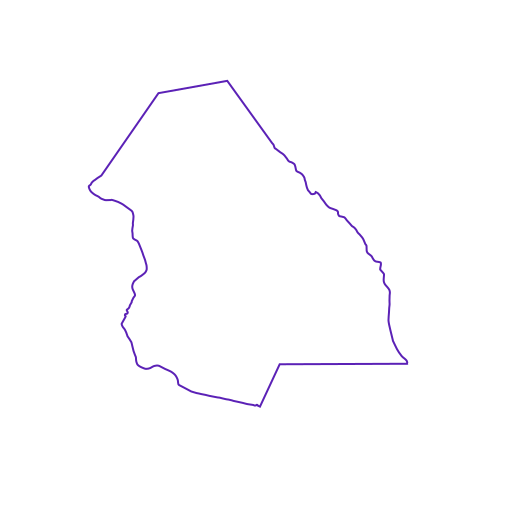 the district of Soledad, El Paraíso, Honduras, rotated 23°
{"feature_id": "27666195B67097486402294", "entity_name": "Soledad", "entity_type": "district", "adm_level": 2, "iso_a3": "HND", "parent_name": "Honduras", "parent_adm1": "El Paraíso", "projection": "mercator", "projection_center": [-87.146, 13.616], "detail": "fine", "context": "isolated", "style": "outline", "palette": "violet", "viewbox_px": 512, "rotation_deg": 23, "n_neighbors": 0, "source": "geoboundaries", "source_scale": "gbopen_adm2", "svg_char_len": 6068}
<svg xmlns="http://www.w3.org/2000/svg" viewBox="0 0 512 512"><g transform="rotate(23 256 256)"><path d="M315.8,393.0L318.5,393.1L320.1,346.4L437.1,296.2L436.9,295.9L436.9,295.3L436.8,294.9L436.2,294.1L435.8,293.7L435.0,293.2L433.8,292.7L432.5,292.3L431.0,291.9L430.2,291.6L429.0,291.1L427.7,290.3L425.3,288.9L423.5,287.6L422.1,286.6L419.2,284.1L415.8,281.1L415.2,280.6L414.6,279.7L412.5,276.9L408.7,271.8L405.3,267.1L404.0,265.1L403.6,264.4L403.2,263.7L402.9,263.0L401.7,259.7L400.5,256.1L398.9,251.7L398.1,249.0L397.7,247.9L397.2,246.9L396.2,244.7L395.5,242.9L394.4,240.1L393.8,238.1L393.5,237.3L393.0,236.4L392.5,235.7L392.2,235.3L391.8,235.0L390.7,234.2L389.2,233.4L386.9,232.3L385.8,231.7L384.9,231.0L384.2,230.3L383.5,229.4L383.2,228.8L382.8,228.0L382.4,226.9L381.2,223.3L380.9,222.7L380.5,222.4L379.7,221.9L375.9,220.1L375.6,219.9L375.3,219.2L375.0,218.2L374.6,216.2L374.4,215.2L374.1,214.6L373.9,214.1L373.7,213.7L373.3,213.4L373.2,213.3L372.5,213.3L371.0,213.6L369.1,214.1L368.5,214.2L367.9,214.2L367.3,214.1L366.5,213.9L365.5,213.3L364.1,212.3L362.9,211.3L362.4,211.0L361.9,210.8L360.9,210.5L358.5,209.9L357.9,209.7L357.5,209.5L357.1,209.3L356.7,208.9L356.3,208.6L356.0,208.1L355.6,207.5L355.2,206.6L354.2,204.4L353.8,203.6L353.4,203.1L353.0,202.8L352.3,202.5L351.9,202.2L348.5,198.9L347.5,198.1L346.2,197.3L343.6,196.0L342.8,195.6L341.3,195.1L340.4,194.6L339.6,194.1L338.8,193.4L338.3,193.0L337.5,192.5L336.7,192.1L335.7,191.6L335.0,191.4L334.3,191.2L333.3,191.1L332.5,190.9L329.7,189.5L325.7,187.7L323.9,186.6L322.6,186.0L322.2,185.9L321.8,185.9L319.2,186.3L317.4,186.7L317.0,186.7L316.8,186.6L315.9,186.0L315.5,185.6L315.2,185.3L314.8,184.7L314.5,183.8L314.2,183.4L313.8,183.0L313.0,182.7L312.4,182.5L311.6,182.5L308.6,182.6L305.9,182.8L304.9,182.8L304.3,182.7L303.5,182.5L302.2,182.0L300.8,181.4L300.1,181.0L299.1,180.4L297.2,179.2L293.5,177.2L291.2,175.3L289.5,174.5L288.9,174.2L288.2,174.0L287.3,173.9L286.3,173.8L286.0,173.8L285.9,175.1L285.9,175.4L285.7,175.7L285.1,176.2L284.7,176.5L284.0,176.9L283.2,177.2L282.5,177.3L282.2,177.2L281.8,177.0L280.2,176.1L278.3,175.2L278.0,175.0L277.6,174.6L276.3,173.3L275.4,172.2L274.5,171.0L273.6,169.7L273.0,168.8L272.5,168.2L271.6,167.3L271.1,166.7L270.1,165.2L269.7,164.9L269.2,164.4L268.1,163.7L267.4,163.3L266.7,162.9L265.7,162.6L264.8,162.4L263.7,162.2L262.3,162.2L261.4,162.2L260.3,162.0L260.0,161.9L259.6,161.6L259.1,161.0L257.3,158.4L256.7,157.7L255.9,156.8L255.6,156.6L255.3,156.4L254.0,156.1L252.6,155.9L251.5,155.9L250.1,156.1L249.6,156.0L249.1,155.9L248.4,155.6L248.1,155.5L247.6,155.1L246.3,154.2L244.3,153.1L243.1,152.4L241.6,151.8L240.9,151.6L240.1,151.4L237.7,151.0L232.3,149.6L231.4,149.5L231.1,149.4L230.3,148.6L229.0,147.1L228.6,146.7L228.1,146.4L227.2,146.0L226.4,145.6L161.1,106.0L102.6,144.2L82.2,242.4L79.6,246.2L78.0,249.0L77.1,250.3L76.8,251.0L76.4,251.9L76.1,252.9L76.0,254.5L75.9,255.0L75.6,255.6L75.1,256.3L75.0,256.7L74.9,257.0L75.0,257.5L75.3,258.0L75.7,258.5L76.3,259.2L77.1,259.9L77.8,260.5L78.5,260.9L79.0,261.2L79.7,261.5L81.6,262.1L82.8,262.4L84.5,262.7L86.9,262.8L88.4,263.0L89.0,263.2L90.0,263.5L90.5,263.6L91.9,263.7L93.7,263.6L94.6,263.6L95.1,263.5L95.6,263.4L96.4,263.1L99.2,261.8L100.2,261.4L101.0,260.8L101.3,260.7L102.5,260.5L104.8,260.3L106.6,260.2L108.1,260.1L109.4,260.2L111.2,260.3L112.2,260.4L113.7,260.6L117.5,261.5L121.9,262.5L123.9,263.0L124.2,263.2L124.6,263.4L125.3,263.9L126.1,264.9L127.2,266.4L127.6,267.1L127.9,267.7L128.1,268.3L128.9,270.6L129.8,273.9L130.1,274.5L130.6,275.5L130.8,276.1L131.4,278.7L132.1,281.0L132.4,281.6L133.4,283.2L133.8,284.0L134.7,285.9L135.1,286.6L135.4,287.1L135.7,287.5L136.0,287.7L136.3,287.9L136.8,288.0L137.6,288.2L140.1,288.4L140.6,288.5L140.9,288.6L141.4,288.8L141.9,289.2L143.3,290.3L147.8,294.8L150.2,297.3L152.1,299.5L154.2,301.7L155.5,303.1L157.5,305.7L158.5,306.9L159.1,307.8L159.7,308.9L160.2,310.0L160.5,310.7L160.7,311.5L160.7,312.3L160.7,313.1L160.6,313.9L160.2,315.2L159.7,316.2L158.3,318.7L157.6,319.8L156.6,321.0L156.3,321.5L153.8,326.6L153.6,326.9L153.6,327.3L153.5,328.9L153.5,330.1L153.7,331.5L154.0,332.5L154.4,333.3L155.0,334.2L155.6,334.9L158.4,337.4L159.2,338.2L159.7,338.9L159.9,339.2L160.0,339.5L160.0,340.1L159.9,340.7L159.5,342.1L159.3,345.6L159.3,346.2L159.6,347.0L159.6,347.4L159.2,350.6L159.2,350.8L159.3,351.4L159.4,351.8L159.4,352.5L159.3,353.1L159.3,353.6L159.1,354.1L158.7,354.9L158.3,355.5L158.2,355.8L158.1,356.0L158.2,356.3L158.3,356.6L158.5,356.8L159.0,357.1L159.4,357.4L160.0,358.1L160.1,358.5L160.0,359.1L159.8,359.5L159.6,359.7L159.4,359.9L158.9,360.1L158.7,360.3L158.4,360.6L158.3,360.9L158.4,361.5L158.6,361.9L158.9,362.1L159.3,362.2L159.4,362.3L159.6,362.5L159.6,362.8L159.6,363.6L159.4,365.3L158.8,370.8L158.9,371.1L159.4,371.8L160.1,372.5L160.8,373.1L161.5,373.6L162.5,374.1L163.1,374.4L164.4,375.3L165.3,376.1L166.4,377.1L167.4,378.2L168.5,379.4L169.1,380.1L171.8,381.8L174.9,384.0L175.5,384.7L177.4,387.3L180.4,391.3L182.8,393.9L184.3,395.4L184.9,396.0L185.2,396.5L185.8,397.7L186.3,398.7L187.2,400.1L188.1,401.1L188.5,401.6L188.9,401.9L189.3,402.2L189.9,402.5L190.8,402.8L192.5,403.1L194.1,403.2L196.4,403.2L198.0,403.1L198.4,403.0L199.0,402.8L199.7,402.4L200.7,401.9L201.3,401.4L201.9,400.9L202.4,400.5L203.1,399.6L204.0,398.4L204.5,397.8L205.3,397.0L206.2,396.4L207.1,395.8L207.7,395.5L208.2,395.3L209.0,395.1L209.7,395.0L210.3,395.0L216.6,395.5L219.2,395.5L222.4,395.6L223.8,395.8L225.5,396.2L227.1,396.7L228.2,397.2L229.5,398.0L230.6,398.9L231.5,399.7L232.5,400.8L233.0,401.6L233.7,402.9L234.2,403.7L234.7,404.4L235.0,404.6L235.5,404.8L236.4,404.9L238.9,405.1L246.0,405.7L249.2,406.0L250.3,405.9L254.8,405.4L257.1,404.9L259.5,404.5L263.7,403.6L268.1,402.9L268.9,402.7L269.9,402.5L275.9,401.2L277.9,400.6L280.6,400.2L284.1,399.6L285.4,399.3L286.8,398.9L290.3,398.3L291.7,398.2L292.3,398.1L295.9,397.4L298.5,396.9L301.2,396.4L304.8,395.9L306.3,395.6L310.5,394.5L311.8,394.2L313.0,394.2L313.4,394.1L313.8,393.9L314.1,393.7L314.4,393.3L314.7,392.8L314.9,392.7L315.1,392.6L315.3,392.6L315.5,392.6L315.6,392.8L315.8,393.0Z" fill="none" stroke="#5b21b6" stroke-width="2"/></g></svg>